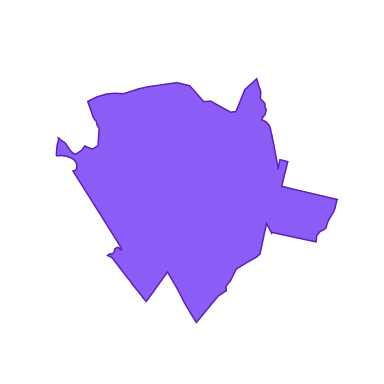 outline of Farcasele, Olt, Romania, rotated 284°
{"feature_id": "2599482B95446967928942", "entity_name": "Farcasele", "entity_type": "district", "adm_level": 2, "iso_a3": "ROU", "parent_name": "Romania", "parent_adm1": "Olt", "projection": "natural_earth1", "projection_center": [24.435, 44.148], "detail": "fine", "context": "isolated", "style": "filled", "palette": "violet", "viewbox_px": 384, "rotation_deg": 284, "n_neighbors": 0, "source": "geoboundaries", "source_scale": "gbopen_adm2", "svg_char_len": 5907}
<svg xmlns="http://www.w3.org/2000/svg" viewBox="0 0 384 384"><g transform="rotate(284 192 192)"><path d="M317.6,227.4L304.1,218.5L280.7,215.2L278.8,210.1L284.7,188.0L282.5,181.6L294.5,164.2L294.5,151.1L293.4,148.2L292.8,146.7L283.5,123.9L279.1,115.1L270.8,101.8L269.1,93.0L266.2,85.0L261.3,76.7L254.7,68.9L240.2,78.4L240.2,78.7L239.9,79.0L239.4,79.5L238.8,80.0L238.3,80.6L237.8,81.4L237.6,81.8L237.3,82.1L236.6,82.4L235.6,82.8L234.4,83.5L233.5,84.2L232.6,85.0L232.0,85.9L231.6,86.4L231.1,86.5L228.1,87.1L226.8,87.3L223.5,87.8L221.7,88.3L219.3,88.7L218.1,88.9L217.4,88.9L217.1,89.0L216.1,89.4L215.5,89.5L214.8,89.5L214.1,89.0L213.4,88.7L212.9,88.4L212.4,87.8L212.0,87.4L211.5,87.0L210.8,86.6L210.6,86.4L210.4,86.1L210.2,85.3L209.9,84.7L209.7,84.0L209.7,83.2L209.8,82.7L210.0,82.1L210.1,81.1L210.1,80.4L210.4,78.7L210.8,76.8L209.3,76.2L207.9,75.6L206.5,75.1L205.0,74.2L203.6,72.8L202.3,71.6L201.3,70.7L200.9,70.3L200.5,70.0L200.4,68.9L200.7,68.3L200.9,67.3L201.5,66.2L201.9,65.3L202.7,64.3L204.1,62.4L205.2,61.3L206.0,60.4L207.7,58.6L208.3,57.9L209.4,55.9L209.5,55.3L210.1,53.7L210.5,52.7L210.9,52.1L211.6,50.8L212.0,49.7L212.1,49.2L211.7,49.5L210.7,49.8L209.7,50.0L209.0,50.0L206.4,49.8L204.8,49.8L203.4,50.0L195.9,51.2L195.3,51.4L194.9,51.6L194.3,52.3L194.5,52.6L194.8,53.3L195.4,55.2L195.8,56.3L195.9,56.7L195.9,57.2L196.0,59.5L196.1,59.8L196.2,60.1L196.2,60.3L196.3,60.8L196.3,61.5L196.2,62.3L196.1,63.0L196.1,63.4L196.0,63.9L196.0,65.3L195.8,66.0L195.6,66.7L195.5,67.3L195.2,68.3L195.1,68.5L194.8,69.3L194.6,69.8L194.3,70.2L194.0,70.7L193.4,71.4L192.7,72.1L191.9,72.7L191.4,73.1L191.0,73.4L190.5,73.6L189.9,73.7L189.5,73.8L188.6,74.2L186.8,74.4L185.8,74.2L185.5,74.1L185.2,73.7L184.8,73.2L184.6,72.9L184.1,72.4L183.6,71.4L181.5,73.5L180.6,74.6L176.9,78.4L173.8,81.6L168.2,87.5L160.6,95.4L157.4,98.7L155.3,100.9L152.2,104.1L149.6,106.9L147.7,108.9L145.1,111.5L137.3,119.7L134.5,122.5L132.1,125.0L128.5,128.7L127.3,130.1L122.8,134.6L121.9,135.6L121.6,135.9L121.2,136.2L120.8,136.5L120.0,137.1L119.6,137.2L119.2,137.4L118.9,137.5L118.8,137.1L118.9,136.6L119.0,136.1L119.2,135.7L119.5,135.3L119.8,135.0L120.1,134.8L120.4,134.5L120.5,134.2L120.5,133.8L120.0,132.9L119.6,132.3L119.3,131.9L119.0,131.6L118.7,131.3L118.3,131.1L117.8,130.9L117.2,130.9L116.8,130.9L116.3,131.0L116.0,131.1L115.6,131.0L115.0,130.9L114.4,130.8L113.9,130.6L113.4,130.4L113.1,129.8L112.3,128.1L112.1,127.4L111.8,127.0L111.6,126.7L111.1,126.3L110.0,125.5L110.0,126.1L109.8,126.3L109.6,127.7L109.4,128.3L109.3,128.9L109.0,129.7L108.8,130.2L108.4,130.9L108.0,131.4L107.7,131.9L107.2,132.6L106.9,132.9L106.5,133.4L105.6,134.4L104.4,136.0L103.8,136.8L103.2,137.5L102.7,138.2L102.0,138.9L101.0,140.2L100.4,141.0L99.8,141.8L97.9,144.1L95.7,147.0L95.1,147.7L94.4,148.6L92.7,150.6L92.4,151.1L91.8,151.9L91.6,152.3L90.7,153.4L89.9,154.3L89.5,154.9L89.4,155.1L89.2,155.2L88.9,155.4L88.6,155.7L87.6,157.0L87.2,157.5L86.9,158.0L86.3,158.5L86.2,158.7L86.1,158.8L86.1,159.1L86.0,159.3L85.2,160.4L85.0,160.7L84.8,160.9L84.7,161.0L84.3,161.3L84.1,161.4L84.0,161.5L83.7,162.1L83.6,162.5L83.2,163.0L81.7,164.9L80.8,166.0L80.4,166.5L80.1,166.8L79.9,167.0L79.3,168.0L78.9,168.5L78.0,169.6L77.9,169.7L77.5,169.9L77.4,170.0L77.2,170.1L76.7,171.1L76.5,171.5L76.4,171.8L74.7,173.9L75.5,174.4L76.0,174.7L81.1,176.7L108.5,187.6L107.5,188.6L105.7,190.2L97.5,198.3L95.0,200.7L90.7,204.5L86.4,208.3L83.5,210.7L82.5,211.7L78.3,215.7L76.6,217.6L76.3,217.7L67.2,226.9L66.4,227.8L67.3,228.2L70.9,230.0L77.1,232.9L80.0,234.3L81.8,235.1L85.1,236.8L87.0,237.6L88.8,238.4L90.8,239.5L93.5,240.8L97.0,242.5L97.5,242.7L104.6,249.2L108.7,247.8L111.5,249.1L113.2,249.8L114.8,250.6L115.6,250.9L118.4,251.5L125.3,253.0L127.7,253.6L128.1,253.9L130.0,255.6L137.5,263.0L143.1,268.9L144.4,270.3L147.4,272.5L147.6,272.6L147.9,273.0L179.4,271.9L171.4,279.2L172.1,279.2L172.1,279.6L172.3,284.4L172.3,285.5L172.3,287.7L172.4,288.2L172.5,288.8L172.6,289.4L172.5,289.6L172.3,289.8L172.4,290.1L172.4,290.3L172.6,292.6L172.6,294.6L172.7,296.5L172.7,297.8L172.7,299.5L172.9,304.7L173.1,308.7L173.1,310.0L173.6,324.4L174.2,324.4L174.9,324.3L175.2,324.2L175.7,324.2L175.9,324.2L176.3,324.2L176.5,324.1L177.2,324.0L177.5,323.9L178.0,323.8L178.3,323.7L179.4,323.7L179.7,323.7L180.3,323.7L180.5,323.7L180.7,323.8L181.1,324.1L181.3,324.2L181.9,324.6L182.5,324.9L182.8,325.0L183.3,325.1L183.7,325.2L183.9,325.3L184.1,325.4L184.6,326.0L185.5,326.9L187.2,328.9L188.2,329.8L188.6,330.2L189.3,330.4L190.5,330.8L191.6,330.8L191.9,330.8L194.0,330.8L195.6,331.0L197.2,331.3L200.5,332.2L203.3,333.1L203.7,333.1L204.1,333.1L204.3,333.2L204.5,333.3L206.6,334.1L207.7,334.3L208.2,334.4L209.5,334.4L210.2,334.6L210.6,334.7L211.3,334.8L212.1,334.7L214.1,334.6L215.3,334.5L216.4,334.7L216.9,334.7L217.8,334.5L218.5,334.4L218.9,334.5L219.9,334.8L219.9,334.0L219.7,321.8L219.6,312.5L219.5,310.2L219.5,302.6L219.3,291.2L219.2,289.4L219.3,282.5L219.3,280.3L219.3,279.8L219.2,278.8L219.2,278.2L219.2,277.8L221.4,277.7L227.8,277.6L244.6,277.6L244.7,272.6L244.6,270.1L244.6,269.5L235.0,269.9L236.6,269.4L242.3,267.0L250.5,263.1L252.6,262.3L253.8,261.5L257.3,260.1L262.5,257.6L265.9,256.1L265.6,255.9L267.7,255.0L268.0,254.9L268.5,254.6L269.2,254.3L272.2,252.9L273.3,252.3L274.1,251.8L274.9,251.1L275.6,250.4L276.3,249.5L277.1,248.4L277.7,247.3L278.2,246.2L278.4,245.3L278.7,244.0L278.8,242.5L279.4,242.4L280.4,242.4L281.4,242.6L282.3,243.0L283.6,243.6L284.9,244.1L286.0,244.2L286.7,244.1L287.3,244.2L288.3,244.3L289.1,244.2L289.6,244.0L290.6,243.7L291.0,243.4L291.5,242.9L292.0,242.4L292.4,242.1L292.9,241.9L293.8,241.8L294.6,241.7L295.2,241.4L295.7,241.0L296.2,240.4L296.9,239.5L297.4,238.7L297.7,237.8L298.2,237.1L298.4,236.7L298.9,236.3L299.4,235.9L299.7,235.7L300.3,235.4L300.8,235.3L301.3,235.2L303.2,235.0L303.9,235.0L304.8,234.8L306.5,234.1L307.3,233.7L308.1,233.2L308.9,232.6L309.6,232.0L310.5,231.5L310.5,231.4L313.1,230.0L314.9,228.9L317.6,227.4Z" fill="#8b5cf6" stroke="#5b21b6" stroke-width="1.5"/></g></svg>